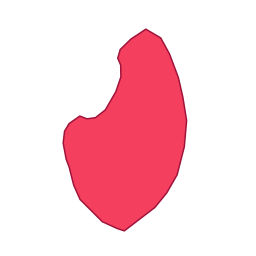 the district of Lamotrek, Federated States of Micronesia, rotated 16°
{"feature_id": "79324940B52587082205524", "entity_name": "Lamotrek", "entity_type": "district", "adm_level": 2, "iso_a3": "FSM", "parent_name": "Federated States of Micronesia", "parent_adm1": "", "projection": "albers", "projection_center": [146.379, 7.457], "detail": "fine", "context": "isolated", "style": "filled", "palette": "rose", "viewbox_px": 256, "rotation_deg": 16, "n_neighbors": 0, "source": "geoboundaries", "source_scale": "gbopen_adm2", "svg_char_len": 518}
<svg xmlns="http://www.w3.org/2000/svg" viewBox="0 0 256 256"><g transform="rotate(16 128 128)"><path d="M98.9,54.7L98.9,63.7L103.6,69.5L107.1,80.9L106.3,96.5L101.2,116.9L93.9,127.0L86.1,130.5L78.4,129.8L70.2,139.9L67.9,148.5L69.8,160.3L77.2,175.1L82.2,181.8L91.5,197.8L101.6,209.9L129.2,225.2L145.5,227.6L152.8,227.9L175.7,197.0L183.1,179.8L188.1,159.5L187.3,130.5L182.3,104.7L172.2,83.2L162.5,65.6L147.4,45.3L134.6,32.4L117.9,28.1L106.3,41.7L98.9,54.7Z" fill="#f43f5e" stroke="#9f1239" stroke-width="1.5"/></g></svg>